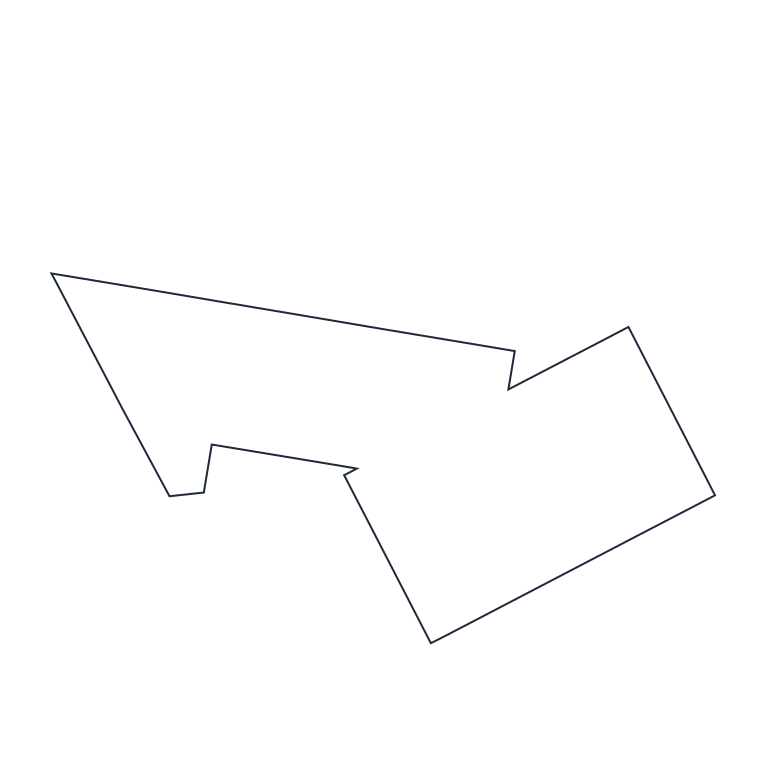 the district of General Belgrano, Chaco, Argentina, rotated 152°
{"feature_id": "61730980B57634400026456", "entity_name": "General Belgrano", "entity_type": "district", "adm_level": 2, "iso_a3": "ARG", "parent_name": "Argentina", "parent_adm1": "Chaco", "projection": "mercator", "projection_center": [-61.053, -26.902], "detail": "fine", "context": "isolated", "style": "outline", "palette": "slate", "viewbox_px": 768, "rotation_deg": 152, "n_neighbors": 0, "source": "geoboundaries", "source_scale": "gbopen_adm2", "svg_char_len": 706}
<svg xmlns="http://www.w3.org/2000/svg" viewBox="0 0 768 768"><g transform="rotate(152 384 384)"><path d="M626.2,546.2L626.4,509.7L626.6,485.6L626.1,385.6L593.9,372.7L592.8,374.4L564.5,411.4L449.6,323.6L447.8,322.1L457.4,322.1L462.0,322.2L462.7,261.7L464.3,133.2L461.4,133.1L453.8,132.9L434.8,132.7L282.7,131.5L233.7,131.1L156.8,130.4L146.3,130.3L144.0,130.3L143.6,156.2L142.7,222.7L141.4,319.6L157.7,319.7L169.6,319.8L210.2,320.2L276.7,320.8L272.7,326.1L271.5,327.6L253.1,351.7L260.8,357.6L361.8,435.0L365.4,437.8L373.1,443.7L472.4,520.1L478.3,524.7L479.4,525.5L482.5,527.8L553.4,582.4L560.7,588.0L625.7,637.7L625.7,627.6L625.9,598.1L626.2,546.2Z" fill="none" stroke="#1e293b" stroke-width="2"/></g></svg>